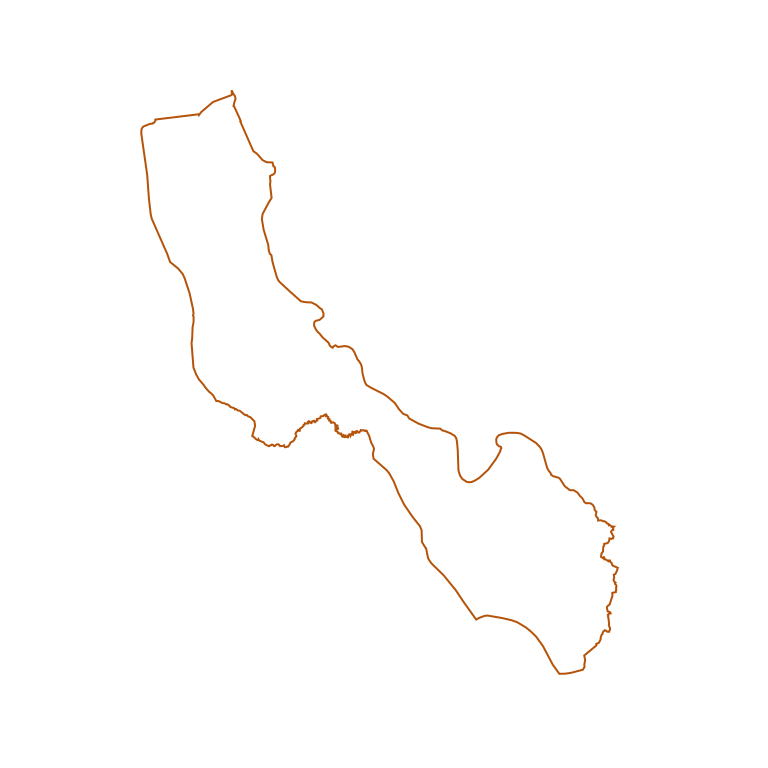 the district of Kolaka Timur, Sulawesi Tenggara, Indonesia, rotated 172°
{"feature_id": "22746128B88028223529334", "entity_name": "Kolaka Timur", "entity_type": "district", "adm_level": 2, "iso_a3": "IDN", "parent_name": "Indonesia", "parent_adm1": "Sulawesi Tenggara", "projection": "robinson", "projection_center": [121.666, -3.82], "detail": "fine", "context": "isolated", "style": "outline", "palette": "amber", "viewbox_px": 768, "rotation_deg": 172, "n_neighbors": 0, "source": "geoboundaries", "source_scale": "gbopen_adm2", "svg_char_len": 6142}
<svg xmlns="http://www.w3.org/2000/svg" viewBox="0 0 768 768"><g transform="rotate(172 384 384)"><path d="M529.9,676.9L573.6,677.7L573.6,676.8L575.2,674.8L576.1,674.8L576.7,674.1L579.5,674.2L586.3,672.5L587.8,671.3L588.8,669.6L589.5,665.8L589.4,624.2L591.0,600.2L591.4,584.6L591.0,580.0L580.6,543.1L578.8,534.5L571.7,526.9L568.0,520.8L566.7,516.5L563.9,500.9L562.7,485.0L562.8,480.4L563.6,478.4L563.2,477.0L564.0,471.6L565.6,467.1L567.6,455.9L568.9,451.2L570.4,426.7L568.6,419.3L566.6,414.2L562.7,408.2L561.1,404.9L558.3,400.7L556.2,398.5L554.7,396.3L552.4,390.4L550.1,390.1L546.7,387.7L544.5,387.0L542.8,385.7L542.0,385.8L539.8,383.7L539.4,382.7L535.7,380.9L535.2,379.6L534.1,379.9L532.4,378.1L530.7,377.7L525.9,372.6L525.3,372.3L524.2,372.5L523.1,370.9L520.9,369.7L517.5,365.1L517.5,360.4L521.7,350.8L520.2,349.5L518.4,347.1L516.8,346.0L516.3,346.0L516.0,346.7L515.3,345.2L511.4,343.0L510.0,340.7L506.8,338.5L506.1,338.4L505.4,339.1L504.2,339.1L503.5,339.6L502.3,339.1L501.6,337.9L500.9,337.7L499.1,339.0L497.3,339.1L496.8,338.9L495.5,336.9L492.5,336.7L491.6,337.2L491.4,335.9L490.9,335.2L489.3,335.1L488.5,335.6L487.8,335.3L486.0,337.0L484.8,339.0L482.2,339.9L480.2,341.5L480.1,342.6L478.0,344.5L478.5,347.2L478.0,348.2L476.4,349.3L475.7,350.4L475.2,350.4L474.5,349.4L473.8,349.5L473.5,351.5L471.5,352.3L469.8,353.5L469.5,354.5L468.3,354.8L467.9,356.1L464.8,355.4L464.2,355.8L464.5,357.2L463.8,357.6L463.1,357.4L462.0,355.8L461.2,355.4L460.4,357.0L458.3,357.4L458.0,357.0L458.2,356.1L457.6,355.7L456.5,356.6L455.2,357.1L455.4,358.6L452.2,359.0L451.7,359.4L451.2,360.8L448.4,360.7L447.2,361.8L445.8,362.0L445.4,361.9L445.3,361.3L446.0,360.6L445.9,360.1L444.9,360.3L444.5,359.4L443.9,359.1L444.4,357.6L443.0,357.1L443.4,355.4L442.0,355.1L442.0,353.1L441.4,352.8L440.9,353.2L439.8,353.2L438.2,352.0L437.9,350.1L438.0,348.2L437.5,348.3L436.3,349.6L435.8,349.3L436.3,347.7L435.6,346.7L435.6,346.1L436.6,345.7L437.5,346.1L438.4,346.0L438.6,344.5L436.5,343.0L436.2,341.6L434.6,341.3L434.1,340.4L433.2,340.7L433.1,339.3L432.6,338.9L432.8,338.2L432.4,337.5L431.8,337.4L431.7,338.8L431.3,339.1L430.6,338.4L429.8,338.4L430.3,337.2L430.1,336.8L428.0,336.9L427.2,336.1L426.6,336.7L427.1,337.8L425.9,338.0L425.5,339.0L424.1,338.9L424.1,337.7L423.4,338.7L421.7,338.0L421.4,338.7L422.1,339.8L422.2,340.8L421.9,341.2L421.5,341.1L421.3,340.1L420.0,340.5L419.1,339.3L418.8,339.3L418.6,340.6L418.1,341.1L417.7,340.7L417.1,340.9L416.8,339.9L416.1,339.5L415.5,339.4L414.8,340.3L413.9,340.3L413.3,341.6L411.9,341.0L410.5,341.1L409.8,340.3L408.7,340.0L408.4,340.4L407.8,340.3L405.9,334.6L404.9,328.0L403.2,323.1L402.9,321.1L404.8,316.2L404.7,311.4L393.5,298.5L391.3,294.9L388.0,286.4L384.8,273.5L380.8,261.7L374.3,248.6L368.2,238.2L367.1,233.9L368.4,222.3L365.8,216.1L365.2,215.5L364.6,205.5L363.9,203.5L362.0,199.8L351.6,186.3L341.6,169.8L335.2,156.5L325.5,137.9L322.5,139.1L316.7,140.4L313.7,140.3L299.6,135.8L290.3,132.2L285.3,129.6L277.4,123.2L273.1,118.6L268.6,112.8L263.1,102.4L255.9,82.5L250.7,72.6L244.4,71.9L238.5,72.0L226.8,73.4L224.8,76.0L224.6,78.5L223.2,82.6L223.5,87.3L210.0,95.6L210.0,97.1L207.2,97.8L204.9,101.2L204.8,102.5L203.4,105.4L202.4,106.0L202.0,107.4L201.2,108.4L200.4,108.7L199.8,109.4L198.4,108.9L197.7,107.8L195.6,107.3L194.2,109.8L194.1,111.1L194.6,112.0L194.9,113.6L194.5,114.7L194.3,121.0L194.6,122.2L194.1,123.1L194.5,124.1L192.8,125.3L191.5,125.3L191.6,126.2L192.5,127.0L194.1,127.6L194.4,130.3L194.3,132.0L193.3,133.1L191.2,134.3L187.3,142.4L187.0,145.4L183.3,145.7L183.0,147.6L182.6,147.9L182.5,150.2L181.9,151.1L182.1,152.6L183.0,153.7L182.9,154.7L182.4,155.0L183.7,156.6L184.0,157.8L182.9,160.7L183.0,163.2L181.2,163.7L178.9,167.4L178.1,169.5L182.6,172.2L183.2,173.1L183.5,175.1L184.7,176.6L184.8,177.8L185.5,177.9L185.5,177.1L186.5,177.1L187.0,177.9L189.7,179.9L190.1,181.1L190.5,180.5L190.9,181.7L191.6,181.3L193.1,182.6L192.3,185.7L190.5,187.6L189.4,192.6L188.5,193.3L188.2,195.1L184.7,195.3L183.0,197.0L182.2,199.7L180.4,198.9L179.5,199.4L178.7,199.2L177.9,200.8L179.8,206.0L178.2,207.8L177.3,207.7L177.4,208.4L176.8,209.7L177.8,210.4L176.6,210.9L178.6,211.4L180.3,213.3L181.0,212.9L181.4,214.3L182.8,215.1L183.0,216.0L184.8,217.4L186.0,217.5L187.9,218.8L191.0,219.0L190.8,221.2L192.0,222.8L192.6,224.6L191.4,227.8L192.9,229.9L192.9,232.5L194.0,235.1L195.4,236.6L197.1,237.4L200.5,237.8L201.9,239.0L203.5,243.3L205.7,246.1L207.4,249.4L210.9,252.4L214.7,253.0L219.3,257.7L222.9,265.6L224.2,266.9L229.2,269.1L231.1,270.8L231.6,273.0L233.1,275.4L234.1,278.1L236.1,292.8L236.9,296.7L238.3,299.8L241.6,304.4L252.1,313.4L255.5,315.9L259.6,317.2L267.3,318.3L273.6,318.1L277.3,317.3L278.8,316.2L280.1,314.6L280.6,313.5L280.8,310.1L280.5,308.4L278.7,306.4L276.9,305.4L276.7,304.1L277.7,302.9L278.2,301.2L283.5,294.2L292.7,284.7L302.7,277.8L307.5,275.7L310.5,274.8L313.1,274.8L315.6,275.5L319.7,279.1L321.4,282.5L322.3,287.9L320.2,308.2L319.9,313.7L319.8,318.1L320.1,320.5L321.2,322.8L325.1,326.0L330.8,329.2L332.6,329.8L334.6,332.0L342.8,333.5L346.6,335.1L355.1,339.8L363.8,346.3L365.3,349.7L369.1,351.7L372.7,357.0L375.9,363.7L382.5,371.1L385.8,374.1L397.8,382.4L401.6,385.6L402.7,388.6L403.4,393.5L403.8,398.0L403.6,403.6L404.0,406.6L405.7,410.4L406.8,411.9L408.9,419.6L410.4,422.9L413.8,425.8L417.3,427.0L424.2,427.1L425.0,427.5L426.6,429.1L429.0,428.2L429.8,427.1L431.7,428.6L432.3,429.6L433.2,432.6L438.5,438.9L440.6,442.6L442.7,445.2L444.2,448.4L445.1,451.5L444.7,454.2L443.9,455.5L442.4,456.1L438.8,456.5L434.6,459.3L434.1,462.1L435.1,466.5L436.9,468.1L440.1,471.8L444.4,474.8L450.2,475.9L454.7,477.4L464.4,488.8L473.3,499.7L474.3,501.6L475.2,504.5L476.5,513.4L477.4,520.4L477.6,527.4L478.9,528.8L479.5,532.4L479.3,538.1L481.7,553.4L482.0,564.1L480.6,569.2L472.9,579.8L469.4,583.9L469.1,597.5L468.3,600.2L468.1,605.0L467.7,606.0L464.3,607.0L462.9,608.1L462.1,610.4L461.9,613.6L462.7,614.9L463.2,615.0L463.6,618.9L469.5,620.0L473.2,622.7L477.6,629.5L481.0,632.8L489.8,664.1L489.2,664.4L493.8,679.9L494.3,680.1L493.1,683.6L491.3,687.2L491.6,690.1L492.9,692.4L494.0,696.1L494.3,693.5L493.2,692.8L494.8,691.3L505.4,689.0L514.0,687.1L527.1,678.8L529.8,676.1L529.9,676.9Z" fill="none" stroke="#b45309" stroke-width="2"/></g></svg>